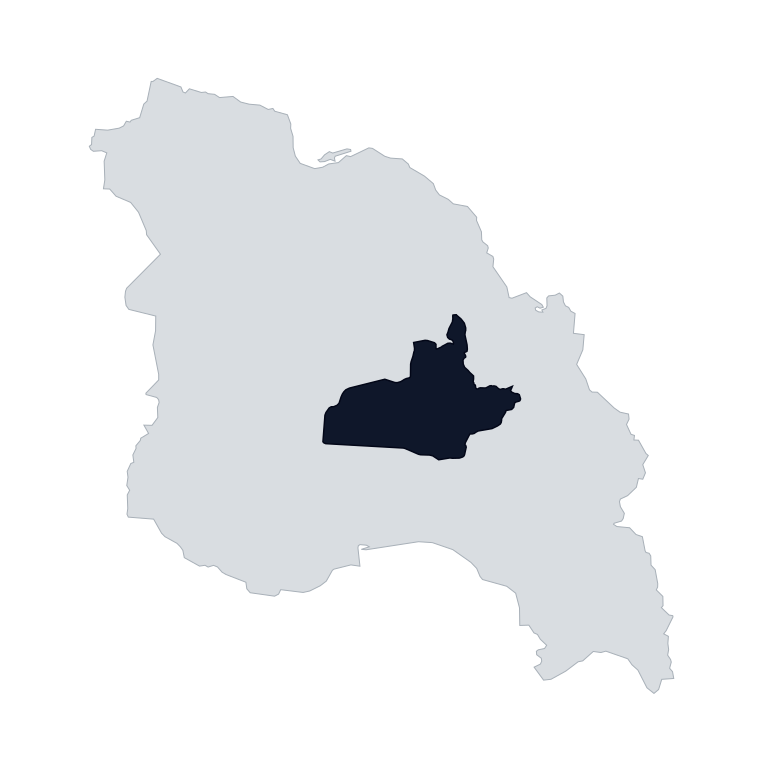 Esfahan highlighted on a map of Iran, rotated 185°
{"feature_id": "IRN-3211", "entity_name": "Esfahan", "entity_type": "Province", "adm_level": 1, "iso_a3": "IRN", "parent_name": "Iran", "parent_adm1": "", "projection": "mercator", "projection_center": [51.611, 32.657], "detail": "fine", "context": "in_parent", "style": "filled", "palette": "ink", "viewbox_px": 768, "rotation_deg": 185, "n_neighbors": 0, "source": "natural_earth", "source_scale": "10m", "svg_char_len": 5716}
<svg xmlns="http://www.w3.org/2000/svg" viewBox="0 0 768 768"><g transform="rotate(185 384 384)"><path d="M392.1,200.4L401.2,200.9L417.7,195.2L419.2,193.9L424.3,182.6L430.0,177.4L440.0,171.3L446.4,169.3L469.0,170.1L470.7,165.5L474.5,163.1L499.1,164.4L502.8,168.0L504.3,174.5L524.7,180.4L528.9,182.4L533.9,187.2L538.0,188.5L543.3,186.3L546.5,187.8L551.9,186.5L567.8,193.6L569.9,200.8L572.8,204.2L576.3,207.2L588.9,212.8L592.6,216.0L601.7,229.3L627.1,229.1L628.7,231.9L628.4,237.6L630.1,251.1L628.1,256.0L631.4,260.4L630.9,268.8L632.2,274.6L629.3,282.7L626.4,284.2L628.0,291.4L625.4,298.2L625.8,300.8L621.8,306.6L621.6,308.8L614.2,314.2L619.6,322.1L611.5,322.6L606.4,330.9L607.7,340.9L606.4,346.0L607.2,348.8L609.3,350.8L620.1,352.7L620.4,354.1L608.8,368.4L609.3,374.0L617.6,402.8L616.2,417.1L617.3,431.8L644.7,436.1L647.8,439.8L649.7,447.9L649.6,453.9L648.7,457.0L618.0,493.8L633.5,512.0L634.2,516.1L643.5,533.7L652.2,542.8L667.3,547.7L674.2,554.3L680.5,554.0L679.9,563.0L682.2,581.6L680.3,590.1L685.6,591.8L693.8,590.5L696.7,592.2L698.3,595.2L696.2,597.0L696.5,604.2L694.4,605.7L693.5,612.6L681.4,612.8L670.1,615.8L665.9,618.4L663.6,623.3L659.9,622.8L658.7,624.7L650.6,628.0L647.7,641.9L644.7,645.2L642.3,665.1L640.5,665.3L636.6,668.7L612.2,662.2L609.7,657.4L607.2,656.6L603.6,661.1L591.4,658.5L587.2,659.3L584.6,657.9L578.0,657.8L572.8,655.0L559.5,657.3L551.4,652.4L542.7,651.0L532.0,651.0L523.3,647.4L518.7,648.8L516.6,646.2L503.7,643.8L499.5,634.9L499.3,630.5L496.2,622.7L495.1,611.5L492.2,603.3L486.7,596.5L471.8,592.5L464.0,594.6L458.2,598.4L448.7,600.6L441.4,608.2L437.1,607.6L419.7,617.9L416.0,617.7L403.0,610.9L397.2,609.6L385.4,609.8L378.9,605.2L377.2,601.9L361.8,594.6L352.3,587.9L349.4,581.7L345.3,577.2L336.0,573.5L330.7,569.5L316.3,568.1L306.2,558.2L306.1,555.0L300.2,544.1L299.2,536.1L297.8,534.1L292.8,530.8L292.0,528.6L293.1,523.6L286.6,520.5L285.6,518.0L285.7,510.3L270.1,491.4L266.9,481.0L264.0,480.6L250.0,487.4L246.0,483.6L233.7,476.9L232.0,474.4L235.1,473.1L238.1,474.3L240.0,472.9L239.3,470.7L236.2,469.3L232.0,469.4L233.2,471.5L229.2,473.5L228.4,476.1L229.3,483.9L227.7,486.1L221.2,487.4L217.2,489.9L213.5,487.1L212.4,481.4L210.1,477.7L206.7,476.4L204.2,472.8L199.8,470.9L199.7,451.0L188.9,450.6L188.9,435.4L193.8,420.3L183.4,406.6L178.8,396.1L176.0,394.1L170.7,394.4L152.7,380.2L146.4,376.5L137.8,375.4L136.8,370.4L138.9,364.8L134.8,357.6L133.5,355.4L130.0,354.6L130.2,350.0L125.6,350.2L117.0,337.6L114.5,335.8L119.2,326.2L115.8,318.3L117.9,311.7L122.3,312.0L123.6,303.1L131.6,294.0L138.5,290.0L139.2,287.3L137.8,282.3L133.3,276.1L134.0,270.8L135.4,268.2L142.7,265.3L143.1,264.2L139.6,262.3L126.8,262.2L119.8,256.0L113.3,254.4L109.4,240.7L108.3,239.0L105.2,238.5L103.3,236.0L102.2,226.8L97.7,222.7L93.9,209.0L93.7,205.6L94.8,202.6L87.7,196.7L86.7,187.5L88.2,185.4L79.9,178.7L76.2,178.4L75.8,177.2L81.4,162.9L83.6,159.5L78.7,157.4L78.6,150.2L77.3,144.3L77.8,138.6L74.5,134.5L73.6,132.0L74.7,125.7L71.5,122.6L69.7,115.9L81.6,114.0L83.8,103.6L88.1,99.3L95.6,104.3L106.1,121.1L112.5,125.9L117.2,131.5L139.7,137.2L144.5,135.4L152.2,135.8L161.9,125.5L166.4,124.2L177.8,113.9L191.9,104.4L199.2,102.9L209.8,115.0L203.8,118.6L202.7,121.6L203.4,124.5L208.3,127.6L208.9,131.0L207.2,132.6L201.0,134.5L199.2,137.9L206.0,143.3L209.3,147.9L212.9,149.1L218.7,156.4L227.7,155.3L229.5,172.8L234.6,187.1L244.1,193.2L268.8,197.8L271.5,200.6L275.6,208.4L281.9,213.9L301.0,225.0L322.0,230.2L335.9,229.9L387.4,217.3L392.2,217.3L384.5,220.5L387.4,221.9L394.0,221.9L395.5,220.6L395.7,218.5L392.1,200.4ZM466.3,602.7L463.2,607.1L458.7,610.7L455.2,609.6L441.4,615.0L437.7,614.7L437.2,613.0L452.4,606.7L453.1,605.0L452.2,601.7L457.1,603.1L462.6,600.4L467.1,599.7L469.3,601.5L466.3,602.7Z" fill="#d9dde1" stroke="#a8b0b8" stroke-width="1"/><path d="M264.6,354.3L267.3,352.1L272.5,349.0L286.1,345.4L288.1,344.1L289.9,342.6L292.0,341.9L293.8,341.9L294.7,340.4L297.8,332.8L298.2,330.5L297.3,330.0L296.6,328.3L297.6,320.6L298.0,319.4L299.2,318.2L302.3,316.8L309.3,316.0L311.9,316.1L322.9,313.3L329.2,316.7L332.4,317.2L341.3,316.7L343.5,317.0L357.4,321.6L359.1,321.9L436.9,319.5L438.7,320.1L439.5,320.8L439.8,321.2L440.1,347.8L439.3,350.6L436.5,355.4L434.6,356.7L432.1,357.0L428.9,358.7L427.1,360.9L425.6,367.4L424.6,370.3L423.3,372.7L421.5,374.9L418.1,376.9L383.6,388.8L373.2,386.4L370.9,386.5L367.7,387.7L365.8,389.0L364.3,390.2L362.2,391.4L359.9,392.1L358.6,392.9L358.3,394.2L359.2,406.1L358.9,408.6L357.6,414.0L357.0,418.6L356.6,419.6L356.7,422.2L358.1,427.9L346.9,431.1L344.5,431.1L337.3,429.5L335.7,428.1L335.4,424.6L334.9,423.5L334.4,423.4L329.9,425.9L329.3,426.7L328.4,427.2L324.0,430.1L321.5,430.5L318.4,429.7L318.3,430.9L319.0,432.7L320.0,433.7L321.3,434.2L322.7,434.4L324.6,435.9L325.6,438.5L324.8,441.1L324.1,444.9L321.3,451.8L321.1,455.2L321.4,457.4L321.4,458.6L320.5,458.9L318.0,459.3L317.4,458.7L312.8,455.4L309.3,451.6L307.5,447.0L307.3,444.4L307.6,443.1L307.7,440.1L304.7,430.3L304.0,425.9L304.2,423.8L305.3,423.1L306.7,422.4L306.6,421.3L305.6,420.0L305.0,418.8L305.1,417.7L306.4,416.8L307.4,414.7L306.8,410.7L305.1,407.6L301.4,404.8L299.6,403.0L295.5,399.8L295.2,396.8L295.4,394.0L294.6,392.9L294.4,391.7L293.9,391.2L293.0,390.9L292.7,390.0L292.4,388.2L291.1,387.1L289.7,387.4L289.0,388.2L287.6,388.6L283.3,388.8L282.1,389.0L278.4,391.4L276.9,391.7L275.9,391.3L274.3,391.7L272.2,391.4L270.2,389.8L268.2,388.7L266.8,389.0L265.8,389.5L264.6,389.7L262.4,389.4L255.9,392.9L256.8,390.0L257.5,388.9L256.2,387.1L252.9,385.9L250.1,386.0L248.3,385.1L246.7,381.2L246.7,380.8L246.9,379.9L247.3,379.1L248.1,378.6L250.7,377.7L252.2,376.6L252.8,372.0L254.6,369.8L259.5,368.4L260.3,368.0L260.3,367.2L260.5,366.3L263.8,359.7L263.7,358.0L263.9,355.9L264.6,354.3Z" fill="#0f172a" stroke="#020617" stroke-width="1.5"/></g></svg>